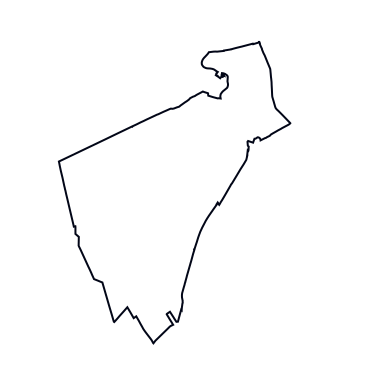 outline of Baarn, Utrecht, Netherlands, rotated 332°
{"feature_id": "6326949B71920055315965", "entity_name": "Baarn", "entity_type": "district", "adm_level": 2, "iso_a3": "NLD", "parent_name": "Netherlands", "parent_adm1": "Utrecht", "projection": "albers", "projection_center": [5.285, 52.199], "detail": "fine", "context": "isolated", "style": "outline", "palette": "ink", "viewbox_px": 384, "rotation_deg": 332, "n_neighbors": 0, "source": "geoboundaries", "source_scale": "gbopen_adm2", "svg_char_len": 5631}
<svg xmlns="http://www.w3.org/2000/svg" viewBox="0 0 384 384"><g transform="rotate(332 192 192)"><path d="M310.9,138.5L312.7,134.6L313.6,132.8L314.0,131.9L315.1,129.2L315.7,127.6L316.9,124.8L318.6,120.7L318.8,120.0L318.9,119.8L318.9,119.6L319.5,113.1L320.1,107.5L320.3,105.5L320.3,103.1L320.7,99.1L321.0,98.3L321.1,95.6L321.3,93.4L321.4,93.1L321.7,92.8L321.9,91.3L321.9,91.1L321.7,91.0L321.6,91.3L321.4,91.4L315.4,90.2L315.4,89.9L315.4,89.6L305.2,87.2L304.3,87.0L303.6,86.8L299.3,85.7L295.9,84.9L294.0,84.5L293.8,84.4L293.7,84.5L286.6,82.1L286.4,82.4L282.9,81.0L279.9,79.8L279.6,79.6L279.2,79.3L277.6,78.5L276.7,78.1L272.5,76.5L272.0,76.8L271.1,77.3L270.1,77.7L267.2,78.7L265.9,79.1L265.4,79.3L264.1,79.9L263.7,80.1L263.2,80.5L262.6,81.0L262.0,81.5L261.8,81.8L261.5,82.2L261.3,82.4L261.1,82.8L260.8,83.6L260.7,83.7L260.6,84.3L260.6,84.5L260.6,84.9L260.7,85.7L260.8,86.3L260.9,86.6L260.9,86.8L261.1,87.2L261.3,87.6L261.7,88.1L262.3,88.9L262.7,89.3L263.4,89.9L264.2,90.4L265.5,91.2L265.9,91.4L266.3,91.7L267.6,92.7L268.4,93.5L268.7,93.8L269.1,94.4L269.4,95.0L269.7,95.5L270.4,97.0L271.1,98.1L269.7,98.7L269.4,98.7L269.3,98.9L269.2,98.9L269.2,99.0L269.2,99.3L267.9,100.0L268.4,101.1L268.6,101.2L268.7,101.3L268.8,101.4L268.9,101.8L269.2,101.8L269.3,102.3L269.4,102.8L270.3,104.8L272.0,104.0L272.6,104.5L273.0,104.7L273.1,104.8L273.3,104.8L273.6,104.7L274.2,104.6L274.8,104.4L274.9,104.5L274.9,104.3L274.9,104.0L274.8,103.7L274.5,103.4L274.2,103.1L273.2,102.4L274.3,101.1L275.5,102.0L276.0,102.5L276.2,102.8L276.6,103.2L276.9,103.8L277.4,104.8L277.6,105.2L277.7,105.4L277.7,105.6L277.8,106.1L277.8,106.3L277.7,106.5L277.7,106.9L277.6,107.2L277.4,107.5L276.2,109.5L275.3,110.9L275.2,111.2L274.5,113.5L274.3,113.9L274.2,114.1L273.9,114.6L273.6,115.0L273.3,115.3L272.4,116.2L272.2,116.3L271.9,116.5L271.5,116.6L271.0,116.7L268.1,117.3L267.3,117.4L266.3,117.7L265.9,117.8L265.0,118.2L263.6,118.9L263.3,119.1L262.9,119.5L262.4,120.2L262.1,120.6L261.8,121.0L261.7,121.4L261.2,122.9L259.7,121.8L258.8,121.5L258.2,121.0L255.1,118.1L251.6,114.6L252.0,113.5L252.5,112.5L252.5,112.3L249.7,109.5L249.1,108.8L248.8,108.4L247.3,108.4L246.0,108.4L243.0,108.4L241.9,108.4L240.4,108.5L239.9,108.6L238.7,108.5L237.5,108.3L236.6,108.3L235.0,108.3L234.5,108.3L234.4,108.3L232.9,108.9L232.5,109.0L229.9,109.4L228.2,109.5L223.0,110.2L222.7,110.2L221.0,110.6L220.5,110.6L218.5,110.2L215.2,109.8L214.6,109.6L214.1,109.5L213.4,109.1L212.9,108.8L212.6,108.5L211.2,108.3L208.2,108.1L204.5,107.8L198.6,107.5L197.5,107.3L185.8,106.7L182.4,106.6L179.4,106.4L175.0,106.3L171.1,106.1L170.7,106.1L170.0,106.3L169.9,106.0L169.3,106.0L155.3,105.4L139.7,104.8L114.1,103.7L95.3,102.9L88.8,102.6L88.4,104.0L87.5,106.9L86.1,111.8L84.3,118.8L82.0,126.9L81.7,128.2L81.4,129.2L81.2,129.9L80.8,131.7L80.5,132.7L79.8,135.2L78.7,139.5L76.5,147.8L72.0,165.0L71.4,167.1L72.9,167.5L72.7,168.1L69.4,174.3L71.0,178.5L66.7,186.2L66.6,187.5L66.6,188.5L66.5,191.1L65.4,209.8L65.4,210.7L65.1,215.9L64.9,218.1L64.6,222.9L67.3,226.1L69.1,228.3L70.4,229.8L68.8,237.4L67.9,241.7L66.8,247.0L66.6,247.9L65.2,254.6L64.6,257.6L63.8,261.6L63.5,263.1L63.1,265.0L62.7,266.9L62.1,269.8L62.3,270.3L63.8,269.8L65.9,269.0L66.5,268.8L67.5,268.4L70.0,267.4L75.5,265.4L80.8,263.4L81.1,269.4L81.3,276.0L84.4,275.6L84.5,278.3L84.6,281.1L84.6,281.3L84.6,284.2L84.7,287.7L84.7,289.8L84.8,291.0L85.1,293.4L85.5,295.9L86.7,303.1L86.8,304.3L86.8,304.6L86.8,306.1L86.8,307.1L86.9,307.5L89.9,306.1L99.2,303.4L106.1,301.4L109.0,300.5L109.5,300.4L110.2,300.3L110.3,300.3L113.0,300.4L112.9,299.2L112.9,298.6L112.6,294.2L112.5,292.3L112.3,288.9L112.3,288.0L112.7,287.8L116.3,287.4L116.6,291.0L116.9,294.6L116.9,295.2L117.3,299.3L118.7,299.9L120.1,298.4L124.1,294.1L125.8,292.3L127.2,290.8L127.4,291.5L128.0,290.5L129.5,288.3L129.6,288.2L131.1,286.1L131.7,285.4L131.8,285.4L132.2,284.6L132.4,284.1L132.6,283.8L132.8,283.4L132.8,283.2L132.9,282.9L133.7,280.3L133.9,279.9L134.3,279.1L134.6,278.5L134.9,278.0L135.4,277.3L135.8,276.7L140.1,272.2L141.7,270.6L143.0,269.1L143.9,268.3L143.9,268.2L147.6,264.3L147.8,264.0L156.9,254.6L157.3,254.1L157.5,254.0L159.7,251.7L163.8,247.3L164.5,246.6L167.1,244.0L166.9,243.7L167.2,243.4L167.3,243.4L167.6,243.4L170.9,240.2L172.7,238.5L176.2,235.0L178.6,232.8L179.3,232.2L180.4,231.2L181.3,230.5L182.5,229.6L184.2,228.3L188.0,225.7L190.6,223.9L192.6,222.7L193.1,222.4L196.0,220.8L199.7,218.9L201.3,218.1L202.2,217.6L208.0,214.7L207.9,214.4L209.7,213.4L209.7,213.5L209.8,213.7L209.7,213.8L209.8,215.1L210.0,216.1L211.4,215.3L212.4,214.6L214.9,213.2L219.8,210.2L229.2,204.3L230.0,203.7L230.8,203.4L231.3,203.2L238.5,198.9L245.6,194.6L250.6,191.8L255.0,189.1L255.2,188.9L256.7,187.2L257.3,186.5L257.2,186.5L257.8,185.7L260.7,181.5L260.8,181.8L261.0,182.1L261.6,181.5L263.4,178.5L263.2,178.2L263.1,177.7L263.1,177.4L263.1,177.2L264.5,173.9L264.6,173.7L265.3,173.4L265.5,173.3L269.1,177.1L270.6,175.7L272.2,174.3L272.8,174.6L273.0,174.7L273.9,174.7L274.7,174.6L275.4,174.5L275.6,174.5L275.8,174.6L276.2,174.9L276.4,175.1L276.7,175.5L277.0,176.0L277.1,176.6L277.2,177.0L277.1,177.5L277.0,178.1L276.8,178.6L281.7,178.7L282.3,178.9L283.0,178.9L283.8,178.8L284.4,178.8L286.8,178.9L287.2,178.8L287.4,178.8L287.8,178.6L288.7,178.3L290.7,178.2L294.6,178.1L296.8,178.0L297.9,178.0L300.2,178.0L301.4,177.9L303.6,177.9L308.7,177.9L309.9,177.8L310.3,177.7L310.9,177.5L311.1,177.4L311.0,176.9L310.9,176.6L309.7,172.4L308.1,166.8L307.2,163.8L306.4,161.2L305.6,158.9L305.5,158.5L305.4,157.9L305.3,157.3L305.3,156.9L305.4,156.3L305.4,156.0L305.5,155.5L305.8,154.2L306.1,152.7L306.6,150.5L307.2,147.5L307.6,145.6L307.8,145.2L308.1,144.4L310.9,138.5Z" fill="none" stroke="#020617" stroke-width="2"/></g></svg>